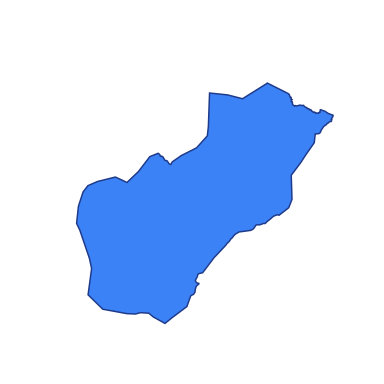 Ix-Uul, Dzavhan, Mongolia, rotated 38°
{"feature_id": "93677404B29034129696638", "entity_name": "Ix-Uul", "entity_type": "district", "adm_level": 2, "iso_a3": "MNG", "parent_name": "Mongolia", "parent_adm1": "Dzavhan", "projection": "mercator", "projection_center": [98.879, 48.691], "detail": "fine", "context": "isolated", "style": "filled", "palette": "blue", "viewbox_px": 384, "rotation_deg": 38, "n_neighbors": 0, "source": "geoboundaries", "source_scale": "gbopen_adm2", "svg_char_len": 4612}
<svg xmlns="http://www.w3.org/2000/svg" viewBox="0 0 384 384"><g transform="rotate(38 192 192)"><path d="M255.3,44.9L251.0,46.2L247.1,46.5L245.9,46.9L244.5,47.4L242.7,47.9L242.6,48.0L242.5,48.3L242.8,48.6L243.0,49.0L243.2,49.4L243.2,49.6L243.3,49.8L243.3,50.0L243.6,50.2L243.8,50.5L243.7,50.8L243.1,51.3L243.0,51.5L243.1,51.8L242.9,51.9L242.8,52.0L242.8,52.3L242.7,52.4L242.3,52.8L242.1,52.8L241.7,52.9L241.6,53.0L241.4,53.3L241.3,53.2L241.2,53.3L240.9,53.5L240.6,53.6L240.4,53.6L240.2,53.5L239.8,53.6L239.6,53.9L239.4,53.8L239.4,53.7L239.2,53.7L238.9,53.8L238.9,54.1L238.7,54.3L238.4,54.3L238.0,54.5L237.8,54.5L237.6,54.5L237.3,54.5L237.2,54.5L237.0,54.4L236.7,54.6L236.4,54.4L236.1,54.4L235.7,54.1L235.4,54.1L235.3,54.3L235.1,54.5L234.8,54.6L234.7,54.6L234.6,54.4L234.4,54.3L234.1,54.7L234.0,54.8L233.9,54.8L233.7,54.8L233.6,54.7L233.3,54.5L233.2,54.5L232.3,54.8L232.2,54.8L232.1,55.0L231.9,55.2L231.8,55.3L231.7,55.3L231.1,55.0L231.0,54.9L230.8,55.0L230.6,55.0L230.2,55.2L229.6,55.1L229.4,55.1L229.0,55.4L228.9,55.4L228.7,55.4L228.4,55.4L227.9,55.4L227.6,55.3L227.3,55.3L227.1,55.2L226.9,55.1L226.6,55.0L226.1,55.4L226.0,55.6L225.7,55.8L225.5,56.2L225.4,56.3L225.1,56.4L224.9,56.4L224.7,56.6L223.9,56.8L223.5,57.2L223.1,57.6L222.9,57.9L222.7,58.2L222.5,58.4L222.3,58.7L222.2,59.0L221.7,59.5L221.4,59.8L221.1,60.0L220.8,60.1L220.5,60.1L220.3,60.3L220.2,60.7L220.1,60.8L219.9,61.1L219.6,61.0L219.4,61.0L219.2,61.1L218.8,61.1L218.4,61.2L218.2,61.3L217.8,61.2L217.5,61.1L217.2,60.9L217.0,60.7L216.7,60.4L216.4,60.2L216.3,59.9L216.2,59.9L215.9,59.7L215.7,59.5L215.5,59.3L215.4,59.2L215.0,59.3L214.9,59.3L214.9,59.2L214.7,59.2L214.4,59.0L214.2,59.2L214.1,58.9L213.9,58.6L213.8,58.3L213.9,58.2L213.9,57.8L213.9,57.7L213.7,57.8L213.5,58.0L213.4,57.9L213.4,57.7L213.2,57.6L213.1,57.8L212.9,57.8L212.9,57.7L213.0,57.6L212.9,57.4L212.6,57.4L212.5,57.2L212.3,57.1L212.2,57.1L212.1,56.8L212.1,56.7L211.9,56.7L211.8,57.0L211.6,57.0L211.5,56.7L211.4,56.5L211.2,56.6L210.9,56.5L210.7,56.6L210.4,56.5L210.1,56.3L209.8,56.2L209.7,56.1L209.1,55.5L208.8,55.5L208.6,55.4L208.3,55.4L208.0,55.2L207.6,55.3L207.3,55.2L184.3,59.8L184.3,60.0L174.4,87.4L160.2,93.6L144.9,103.2L164.7,130.5L169.5,138.3L168.4,154.4L161.1,169.9L157.9,180.4L158.3,183.4L157.4,183.7L157.0,183.8L156.7,183.8L156.2,183.8L155.4,183.5L154.7,183.2L154.3,183.1L154.0,183.0L153.6,183.0L153.2,182.8L152.8,182.9L152.4,183.0L151.8,183.4L151.6,183.7L151.4,183.7L151.1,183.6L150.7,183.6L150.1,183.4L149.7,183.1L149.3,182.9L148.9,182.9L148.7,182.8L148.4,182.5L148.1,182.4L147.8,182.3L147.4,182.3L147.1,182.4L146.6,182.3L146.3,182.3L146.0,182.4L145.7,182.7L145.6,183.0L145.3,183.2L145.0,183.2L144.8,183.2L144.6,183.0L143.8,182.5L143.5,182.4L142.7,182.3L142.1,182.3L141.8,182.3L141.5,182.4L141.3,182.6L141.1,182.9L140.9,183.3L137.0,190.1L137.2,208.8L134.9,224.5L122.4,227.4L111.2,241.7L106.1,251.0L106.1,258.9L111.3,273.2L120.4,287.8L127.2,291.2L152.1,307.5L160.0,314.1L173.4,337.0L193.9,339.3L207.4,332.2L215.5,328.0L222.5,323.0L225.7,318.8L232.6,314.1L238.3,314.3L251.6,312.2L253.6,303.7L258.5,285.4L254.9,274.6L255.4,273.3L256.2,271.8L256.1,270.5L256.0,269.1L255.2,267.8L254.2,265.9L253.6,264.5L253.5,262.5L253.8,260.9L254.0,260.1L253.6,259.8L252.6,260.3L251.4,260.6L250.4,260.4L249.2,259.7L248.8,258.3L248.5,256.2L248.0,254.7L247.4,253.4L247.4,252.7L247.9,251.8L250.1,249.0L249.8,230.1L251.4,213.3L251.2,210.9L251.5,210.4L251.5,209.7L251.8,208.0L251.6,207.0L251.7,206.1L251.5,205.3L251.8,204.1L251.9,202.7L251.8,201.1L251.9,200.4L252.0,199.7L252.0,199.2L252.1,198.6L252.6,197.2L253.1,196.1L253.6,194.6L261.8,186.2L262.9,184.1L263.1,181.6L262.8,179.6L263.0,178.3L263.8,177.4L265.0,176.8L266.4,175.0L267.3,173.4L267.7,172.7L268.5,172.2L268.9,171.9L269.2,170.8L269.5,168.4L270.3,165.4L270.8,162.5L271.2,160.8L272.4,158.8L273.4,157.2L274.9,156.7L277.9,144.8L275.3,136.2L259.9,117.7L259.6,102.0L258.8,92.9L258.0,77.9L253.4,70.4L255.1,68.8L256.1,67.7L256.3,67.2L256.4,66.6L256.4,66.0L256.3,65.4L256.0,64.5L255.7,63.6L255.6,63.3L255.7,62.7L255.7,62.1L255.6,61.4L255.5,60.7L255.5,59.3L255.6,58.3L255.8,57.9L255.9,57.7L255.9,57.3L256.1,57.0L256.3,56.7L256.3,56.2L256.2,55.8L256.2,55.4L256.4,55.1L256.6,54.7L256.6,54.4L256.6,54.1L256.9,53.6L257.0,53.3L256.9,52.8L257.0,52.4L257.2,52.1L257.4,51.7L257.8,51.0L258.3,50.7L258.3,50.3L258.1,50.1L257.9,49.7L257.7,49.5L257.6,49.4L257.6,49.1L257.6,48.8L257.4,48.6L257.2,48.6L256.9,48.7L256.8,48.3L256.9,48.2L256.8,47.9L256.7,47.6L256.7,47.3L256.7,47.1L256.7,46.6L256.7,46.4L256.6,46.2L256.4,45.9L256.3,45.6L256.4,45.4L256.1,45.1L255.8,44.8L255.8,44.7L255.4,44.7L255.3,44.9Z" fill="#3b82f6" stroke="#1e3a8a" stroke-width="1.5"/></g></svg>